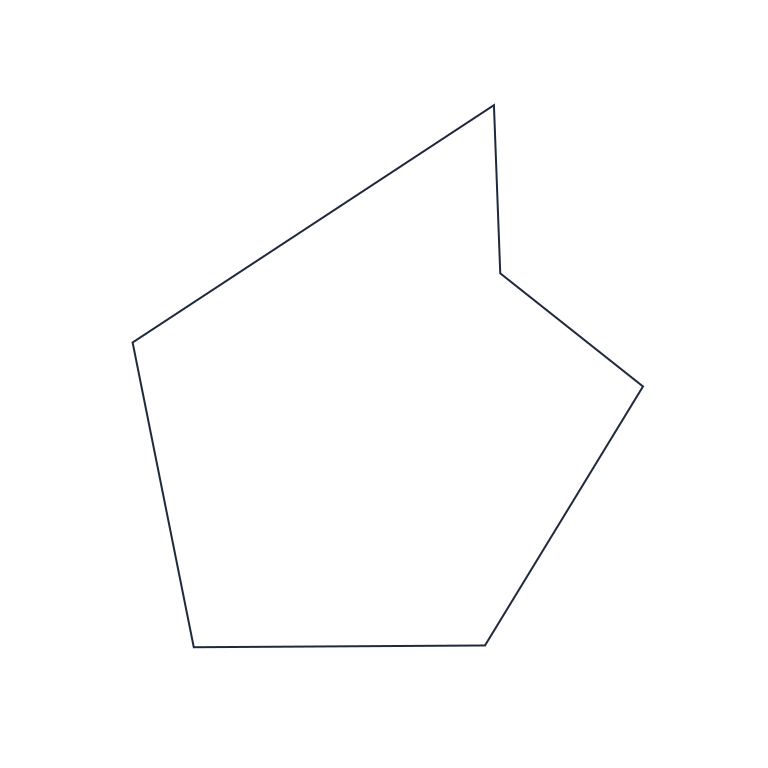 Zarafshan city, Navoi, Uzbekistan, rotated 191°
{"feature_id": "79887680B3674714767305", "entity_name": "Zarafshan city", "entity_type": "district", "adm_level": 2, "iso_a3": "UZB", "parent_name": "Uzbekistan", "parent_adm1": "Navoi", "projection": "mercator", "projection_center": [64.188, 41.505], "detail": "fine", "context": "isolated", "style": "outline", "palette": "slate", "viewbox_px": 768, "rotation_deg": 191, "n_neighbors": 0, "source": "geoboundaries", "source_scale": "gbopen_adm2", "svg_char_len": 249}
<svg xmlns="http://www.w3.org/2000/svg" viewBox="0 0 768 768"><g transform="rotate(191 384 384)"><path d="M638.7,376.8L520.5,89.3L235.0,146.6L129.3,431.0L291.0,514.8L329.3,678.7L638.7,376.8Z" fill="none" stroke="#1e293b" stroke-width="2"/></g></svg>